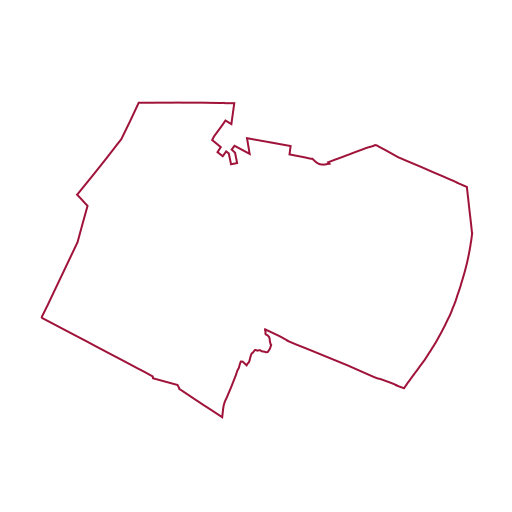 Dragomiresti-Vale, Ilfov, Romania, rotated 267°
{"feature_id": "2599482B19905824077323", "entity_name": "Dragomiresti-Vale", "entity_type": "district", "adm_level": 2, "iso_a3": "ROU", "parent_name": "Romania", "parent_adm1": "Ilfov", "projection": "equal_earth", "projection_center": [25.925, 44.478], "detail": "fine", "context": "isolated", "style": "outline", "palette": "rose", "viewbox_px": 512, "rotation_deg": 267, "n_neighbors": 0, "source": "geoboundaries", "source_scale": "gbopen_adm2", "svg_char_len": 4524}
<svg xmlns="http://www.w3.org/2000/svg" viewBox="0 0 512 512"><g transform="rotate(267 256 256)"><path d="M116.2,396.8L116.3,396.9L116.3,397.0L116.6,397.2L117.0,397.5L117.4,397.8L119.3,399.3L120.9,400.5L121.7,401.1L122.8,402.1L123.8,402.9L124.0,403.1L124.9,403.8L126.1,404.7L126.3,404.9L126.4,405.0L127.7,406.0L127.9,406.2L128.3,406.6L128.6,406.7L128.8,407.0L129.0,407.1L129.2,407.3L130.2,408.1L131.4,409.1L131.6,409.2L132.9,410.4L135.4,412.4L135.6,412.6L136.1,413.0L136.8,413.5L138.3,414.7L139.3,415.6L140.2,416.3L141.7,417.6L142.0,417.8L142.3,418.1L143.2,418.8L143.3,418.9L143.5,419.1L143.8,419.3L144.1,419.5L144.4,419.7L145.6,420.6L146.2,421.0L146.8,421.4L147.4,421.9L148.6,422.7L149.7,423.5L150.1,423.8L150.6,424.1L151.0,424.5L151.5,424.8L152.1,425.3L152.7,425.7L152.9,425.8L153.7,426.4L154.7,427.1L155.4,427.5L155.6,427.7L156.1,428.1L157.1,428.8L158.1,429.5L158.5,429.7L159.4,430.4L160.4,431.1L160.9,431.4L161.3,431.7L162.5,432.4L163.3,432.9L164.2,433.5L164.8,433.8L165.9,434.5L166.2,434.7L167.5,435.5L168.4,436.1L169.3,436.6L170.4,437.3L171.7,438.1L172.7,438.6L174.3,439.6L174.8,439.9L176.4,440.8L177.4,441.4L178.4,441.9L182.8,444.3L184.5,445.3L186.8,446.6L190.8,448.5L191.9,448.9L192.9,449.4L194.1,449.9L195.2,450.5L197.2,451.5L197.5,451.6L197.8,451.7L199.0,452.2L199.4,452.4L199.9,452.6L200.7,453.0L201.2,453.2L201.6,453.3L202.2,453.6L202.9,453.8L203.8,454.2L204.7,454.5L206.1,455.0L208.2,455.9L213.7,458.1L214.8,458.5L218.0,459.6L218.9,459.9L221.3,460.8L226.7,462.7L228.1,463.2L231.8,464.4L236.6,465.9L238.6,466.5L239.7,466.8L241.9,467.4L246.8,468.7L251.4,469.8L254.9,470.6L256.5,470.9L260.5,471.8L268.2,473.2L267.8,472.9L268.1,472.9L279.0,472.3L291.4,471.5L300.4,471.0L302.5,470.9L303.3,470.8L313.9,470.2L318.6,460.7L318.8,460.7L319.3,459.6L320.5,457.5L322.5,453.3L323.3,451.7L325.2,448.0L330.3,437.5L332.9,432.3L333.8,430.6L337.1,423.9L341.6,414.6L344.4,408.8L345.1,407.5L347.2,403.1L349.5,399.5L351.7,396.0L354.8,391.1L358.3,385.2L359.8,382.9L360.2,382.3L360.3,381.3L360.6,380.7L359.8,379.1L359.0,375.7L358.6,373.6L358.0,371.4L356.8,367.8L355.8,364.5L355.2,362.5L354.3,359.7L353.5,357.2L352.6,354.6L351.8,351.8L351.6,351.3L351.4,350.6L351.1,349.6L350.7,348.6L350.0,346.2L349.9,346.0L348.5,341.5L348.5,341.3L346.8,336.0L345.9,333.4L345.8,333.0L345.1,333.5L344.3,334.1L344.1,331.9L343.8,329.9L343.7,328.4L343.9,326.6L344.3,324.5L345.0,323.1L345.7,322.1L346.2,321.4L346.7,320.7L349.1,318.4L350.2,317.3L350.2,316.1L350.7,314.2L352.0,309.7L354.8,298.3L355.7,294.8L364.0,296.3L374.1,253.2L358.3,255.0L367.2,240.3L363.6,237.3L360.2,240.5L349.8,242.0L348.9,235.9L359.8,234.2L362.0,231.7L357.4,228.0L361.7,223.0L366.6,226.5L374.1,218.3L377.6,220.3L386.0,227.2L389.6,230.1L392.9,232.6L389.0,238.3L409.7,242.3L410.2,233.1L410.5,232.5L410.7,227.5L411.4,217.5L411.7,213.8L412.2,206.0L412.5,199.8L412.8,193.7L412.9,192.2L413.2,187.1L413.5,181.1L413.8,175.1L414.5,160.6L415.2,146.9L397.2,137.3L379.7,127.6L374.8,123.3L361.8,112.1L346.3,98.4L338.0,90.9L333.9,87.2L331.0,84.6L328.1,82.0L327.7,81.6L327.0,81.0L326.7,80.8L326.6,80.6L325.4,81.6L322.0,84.5L318.9,87.0L314.9,90.4L296.7,84.3L294.0,83.4L279.1,78.5L245.5,60.3L245.3,60.2L231.1,52.5L224.4,48.9L216.8,44.8L215.5,44.0L212.9,42.6L208.7,40.2L206.9,39.2L206.0,38.8L205.6,39.0L205.2,39.3L187.3,69.4L179.5,82.6L175.0,90.0L166.8,103.7L159.6,115.9L151.8,128.9L150.2,131.5L146.2,138.4L141.1,146.6L139.3,146.7L131.3,170.9L128.0,172.4L127.3,172.4L115.6,188.1L114.4,189.8L109.9,195.8L105.9,201.4L104.1,203.9L100.9,208.2L98.8,211.1L97.1,213.4L96.8,213.8L102.1,214.7L102.3,214.7L103.7,215.0L104.9,215.1L105.6,215.3L106.6,215.5L108.4,215.9L112.1,217.2L114.2,218.3L115.8,219.2L126.5,224.4L134.2,227.9L136.3,228.8L137.9,229.6L139.8,230.3L142.6,231.4L145.3,233.1L148.0,233.9L150.0,234.7L151.4,235.3L151.2,237.2L147.3,240.9L148.2,241.5L148.9,241.9L150.2,243.3L150.8,243.6L152.3,244.2L154.8,244.9L157.5,245.9L158.9,246.6L159.7,247.8L161.0,249.0L162.1,249.9L162.2,250.6L161.4,252.4L161.7,253.9L161.7,255.1L161.1,256.0L160.5,256.8L160.0,259.5L159.5,260.5L159.3,261.9L159.7,262.9L161.5,264.2L162.6,265.0L166.4,266.5L167.3,265.9L168.3,265.8L168.9,265.6L170.5,265.4L172.6,265.3L174.5,264.8L176.2,263.4L177.2,261.6L178.4,261.3L179.5,261.6L180.8,261.4L181.6,261.1L182.3,261.3L175.7,273.5L173.9,276.7L169.8,283.2L169.6,283.1L165.5,291.5L160.9,301.6L154.5,315.2L142.0,341.7L130.9,363.6L128.7,368.0L127.2,371.5L126.9,373.0L125.6,376.3L124.2,379.5L122.6,383.3L121.1,386.6L120.0,388.8L119.8,389.3L119.5,389.2L117.8,393.1L117.3,394.3L116.2,396.8Z" fill="none" stroke="#9f1239" stroke-width="2"/></g></svg>